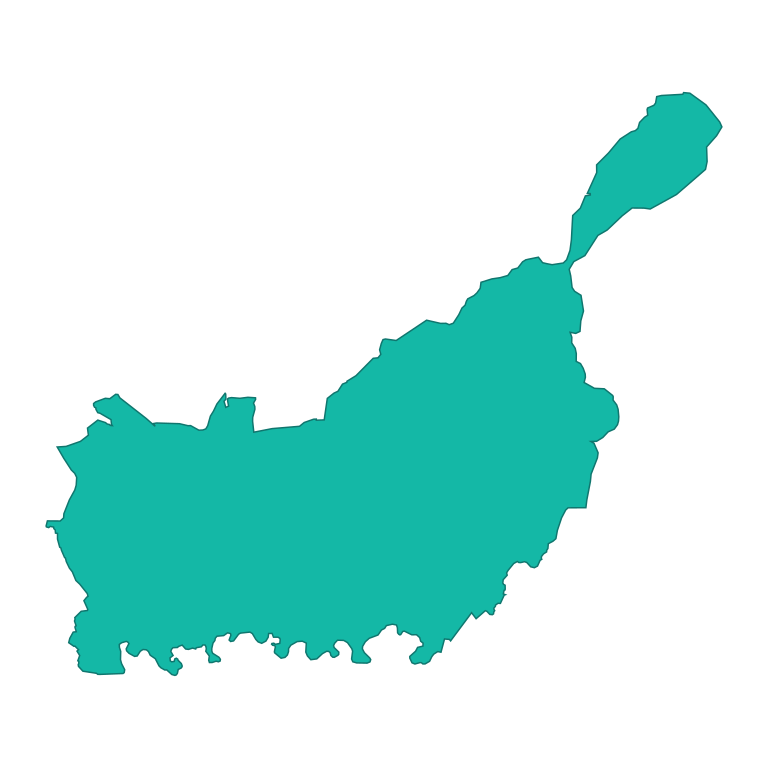 outline of Dieci, Arad, Romania
{"feature_id": "2599482B18788112816328", "entity_name": "Dieci", "entity_type": "district", "adm_level": 2, "iso_a3": "ROU", "parent_name": "Romania", "parent_adm1": "Arad", "projection": "orthographic", "projection_center": [22.243, 46.362], "detail": "fine", "context": "isolated", "style": "filled", "palette": "teal", "viewbox_px": 768, "rotation_deg": 0, "n_neighbors": 0, "source": "geoboundaries", "source_scale": "gbopen_adm2", "svg_char_len": 6051}
<svg xmlns="http://www.w3.org/2000/svg" viewBox="0 0 768 768"><path d="M441.0,652.2L444.5,639.0L449.4,639.4L450.6,640.9L471.6,612.7L476.1,618.7L485.3,610.7L486.9,611.3L489.8,614.4L492.3,614.7L493.5,613.9L493.9,611.6L494.7,610.7L493.8,609.0L494.0,608.0L495.4,606.3L495.5,605.1L498.0,603.3L500.4,603.4L504.2,595.1L505.3,594.7L503.3,593.9L504.1,590.3L505.0,590.0L505.2,589.1L505.1,585.2L503.6,584.4L502.8,583.0L503.2,579.7L507.2,575.2L506.6,572.9L508.0,570.5L513.7,563.5L517.3,561.5L518.8,562.5L520.6,562.6L524.5,561.7L526.8,562.5L530.7,566.8L534.4,567.7L537.5,566.1L540.1,560.3L541.8,559.3L541.3,558.2L541.5,556.5L543.5,553.9L546.6,551.9L546.7,550.3L547.9,548.5L548.3,543.7L553.0,541.2L555.9,538.7L557.4,530.3L561.6,517.8L565.7,510.0L568.1,507.8L585.9,507.7L586.8,500.1L590.4,481.4L591.1,474.1L597.4,457.9L598.1,452.8L594.0,443.3L591.0,441.5L596.6,441.3L602.8,437.5L608.2,431.8L614.3,429.1L617.5,424.7L618.5,421.1L618.8,416.8L618.1,409.3L616.7,404.9L613.1,400.1L613.2,396.7L612.7,395.5L604.3,388.8L594.4,388.3L584.1,382.5L585.4,377.3L585.2,374.0L583.2,368.3L580.5,363.6L576.2,361.4L576.3,353.6L575.2,348.3L571.7,342.9L571.8,337.2L570.1,332.3L575.7,333.4L580.0,331.4L580.8,320.9L583.5,311.0L581.0,295.3L574.6,291.3L572.1,287.5L570.7,275.8L569.2,269.3L573.8,261.6L584.9,255.6L597.9,235.4L607.2,230.0L622.2,215.8L632.1,208.0L643.9,208.1L650.2,209.0L676.5,194.5L705.5,169.4L707.1,161.6L706.6,147.0L716.6,135.7L721.9,126.9L719.7,122.0L706.0,104.9L689.9,93.2L683.6,92.6L682.8,94.3L661.5,95.5L656.7,96.6L655.6,103.0L653.9,105.3L647.6,108.0L647.1,109.5L647.7,115.3L644.5,117.3L639.6,122.4L637.9,128.4L635.2,130.7L631.3,131.8L620.2,139.0L608.4,153.1L596.6,164.9L596.7,172.6L587.3,193.4L590.2,193.6L590.3,195.0L585.4,195.9L580.3,208.2L572.7,215.5L571.4,239.7L570.0,250.4L566.6,259.8L563.3,263.0L552.1,264.7L546.9,263.7L542.6,262.7L538.4,257.2L526.0,259.7L522.6,261.8L517.8,268.0L512.1,269.6L507.8,275.5L500.1,277.7L491.9,278.9L481.0,282.3L480.2,288.3L477.0,292.8L474.0,295.6L467.8,298.8L466.4,301.2L465.1,305.2L462.0,308.0L458.8,314.7L453.3,323.2L449.2,324.7L446.0,323.3L440.6,323.4L426.6,320.2L396.2,340.5L385.4,339.0L383.0,339.6L381.3,343.5L379.6,349.8L380.8,354.3L378.0,357.8L373.2,358.3L356.0,375.7L347.0,381.2L346.8,382.4L342.5,384.1L337.9,391.3L334.0,393.1L327.3,398.4L324.2,419.9L316.3,420.2L316.3,419.1L313.6,419.2L304.2,422.5L299.5,426.3L272.2,428.6L253.8,432.2L252.6,421.2L252.7,417.4L254.9,409.3L254.8,406.5L253.5,403.1L255.6,399.4L255.5,397.8L247.9,397.3L239.9,398.3L231.5,397.6L228.6,398.1L227.7,398.8L227.6,400.7L228.6,406.1L225.8,407.4L224.0,401.3L225.9,399.2L225.7,394.0L225.1,393.3L216.9,404.0L213.5,411.1L210.4,416.1L207.7,425.7L205.8,428.9L202.8,430.0L198.9,430.2L190.6,425.6L188.0,425.7L179.5,423.7L156.5,423.0L153.7,423.5L155.1,426.3L146.1,418.4L119.9,397.9L117.9,394.5L115.7,394.3L109.8,398.7L105.3,398.3L95.6,401.9L93.6,403.5L93.6,405.3L94.5,407.2L95.8,407.8L96.0,409.5L97.8,412.7L99.9,413.2L111.0,419.6L111.5,424.4L112.3,425.6L110.2,425.4L109.5,424.5L107.3,424.1L105.5,422.6L97.8,420.1L87.5,428.1L88.4,435.2L80.4,441.4L66.1,446.4L57.2,447.0L63.7,458.2L71.4,470.1L74.7,473.3L76.7,477.4L76.2,485.2L74.8,490.0L69.4,499.8L63.9,513.7L63.6,517.9L60.2,521.0L47.4,520.9L46.1,526.0L46.4,526.9L48.7,527.6L50.2,526.4L53.6,527.1L53.9,528.7L55.2,529.9L55.5,533.1L57.5,533.4L57.5,539.1L59.7,547.2L61.0,548.1L61.3,549.9L64.6,557.6L65.4,557.9L66.3,561.6L69.4,568.1L72.3,571.8L75.9,580.5L79.8,584.2L87.3,593.6L88.0,596.4L86.7,597.2L83.9,600.7L87.8,609.4L87.4,610.5L81.2,611.3L74.8,617.6L75.1,619.1L74.5,621.0L76.1,625.8L75.1,626.4L75.0,627.4L76.3,631.7L73.2,632.1L69.8,638.3L68.7,642.7L73.9,646.3L74.9,646.1L78.5,649.7L77.0,651.1L79.7,655.5L77.8,660.8L78.7,661.3L78.8,663.2L78.2,664.7L78.5,666.4L82.9,671.2L96.5,673.3L97.7,674.3L99.6,674.4L123.0,673.5L124.2,672.6L124.7,669.7L121.6,663.7L120.5,659.7L120.7,651.4L119.4,647.3L119.3,644.4L121.7,642.7L126.3,641.4L127.7,642.0L128.9,643.5L126.2,648.9L126.6,650.8L129.0,653.3L134.6,656.4L137.2,656.0L140.3,651.2L143.0,649.5L146.4,649.8L148.5,651.6L150.2,655.2L155.3,658.7L159.0,665.9L160.9,667.8L164.8,670.0L166.7,669.9L171.8,674.5L174.9,675.4L176.3,674.9L177.4,673.3L178.2,669.5L181.2,668.0L182.1,666.7L182.1,665.6L181.3,663.5L178.1,660.3L177.7,659.1L176.3,658.2L174.8,658.9L174.2,661.4L171.7,661.8L170.3,660.9L170.0,657.9L173.1,655.5L170.8,651.4L171.6,649.2L173.0,647.7L177.4,647.5L178.8,646.3L182.2,645.1L185.6,649.0L188.5,649.4L192.6,648.1L195.7,649.0L196.3,647.7L201.4,646.8L202.8,645.0L205.0,645.0L205.9,646.5L206.3,648.8L205.8,651.3L209.3,656.0L208.7,660.3L209.4,662.5L212.2,662.5L216.1,661.2L218.4,661.8L220.1,661.1L220.4,659.5L219.9,658.5L218.9,657.2L212.7,653.3L211.8,651.1L211.8,648.4L213.0,643.1L214.9,640.5L215.3,638.2L217.0,636.2L223.7,635.6L227.6,632.8L230.5,633.6L230.9,635.2L229.1,640.0L230.6,641.5L233.6,640.9L238.6,634.2L240.5,633.1L250.0,632.1L252.4,633.6L255.8,639.4L258.1,641.9L261.7,643.3L265.9,641.1L268.2,637.2L268.6,633.5L272.1,633.4L273.5,637.2L278.0,637.2L279.8,638.3L280.2,639.7L279.8,643.4L275.4,644.3L273.8,643.2L271.9,643.5L271.6,644.2L272.7,645.3L274.6,645.6L275.4,646.7L274.4,651.6L274.6,652.8L281.1,658.2L285.0,657.4L287.4,655.0L288.5,651.7L288.6,648.5L290.8,645.2L297.1,641.6L302.3,641.2L306.3,643.1L305.8,652.1L307.4,655.9L310.8,659.7L316.8,658.9L322.5,653.6L326.6,651.3L328.6,651.4L330.1,652.5L330.9,655.5L332.7,657.2L334.4,657.3L337.9,655.3L338.7,654.4L338.8,652.1L334.1,647.5L333.6,645.4L334.7,643.2L337.5,640.2L343.7,640.4L347.5,642.6L351.8,648.7L352.6,651.2L351.6,659.0L352.8,661.8L356.6,662.9L367.1,663.1L370.0,661.9L370.7,659.6L369.7,657.9L364.4,652.7L362.4,648.9L362.6,646.4L365.3,641.8L369.2,638.3L378.0,635.0L381.5,630.0L384.6,628.4L386.4,625.6L392.4,624.2L396.5,625.0L397.4,627.8L397.6,632.8L398.8,634.3L399.9,634.9L400.8,634.5L402.7,631.5L404.3,631.1L411.8,634.8L416.5,634.7L419.7,637.6L420.7,641.2L423.1,643.2L422.9,646.1L417.6,647.4L415.6,651.2L409.8,656.4L409.8,658.1L412.0,662.8L414.9,664.0L420.0,662.6L421.4,662.7L422.8,663.9L425.1,663.9L429.6,661.3L431.8,656.7L433.8,654.1L437.7,651.6L441.0,652.2Z" fill="#14b8a6" stroke="#0f766e" stroke-width="1.5"/></svg>